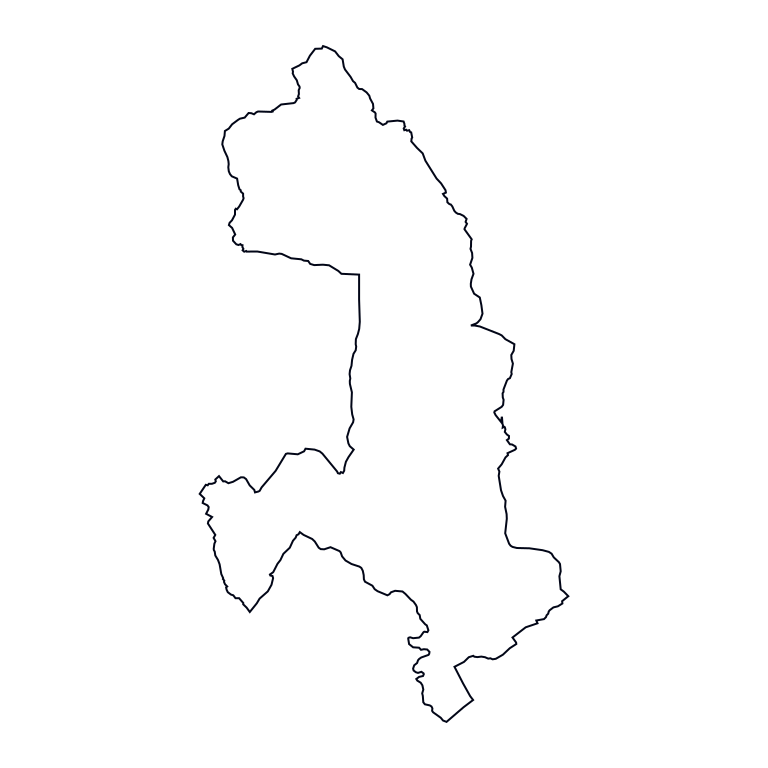 Motru, Gorj, Romania
{"feature_id": "2599482B51668804441842", "entity_name": "Motru", "entity_type": "district", "adm_level": 2, "iso_a3": "ROU", "parent_name": "Romania", "parent_adm1": "Gorj", "projection": "albers", "projection_center": [22.98, 44.823], "detail": "fine", "context": "isolated", "style": "outline", "palette": "ink", "viewbox_px": 768, "rotation_deg": 0, "n_neighbors": 0, "source": "geoboundaries", "source_scale": "gbopen_adm2", "svg_char_len": 6091}
<svg xmlns="http://www.w3.org/2000/svg" viewBox="0 0 768 768"><path d="M446.5,721.9L463.6,707.2L473.1,700.0L470.2,696.2L463.1,683.5L454.5,666.8L464.0,661.9L468.8,657.2L473.3,655.8L474.3,656.7L477.4,657.1L481.3,656.6L485.0,657.2L488.2,658.6L490.4,658.3L492.6,659.3L495.8,658.8L502.9,654.7L509.8,648.2L516.3,644.0L516.1,642.5L512.5,637.5L525.7,627.3L537.5,623.3L536.3,620.5L544.0,619.1L546.0,617.1L546.6,615.3L548.2,613.7L548.7,611.6L549.6,610.3L553.4,607.4L557.9,606.3L562.4,603.5L562.1,601.2L568.3,596.2L563.8,591.6L560.7,589.3L559.4,576.2L560.7,571.3L560.0,564.0L558.9,562.2L553.8,557.4L551.6,553.7L548.9,551.9L542.6,550.2L529.4,548.3L516.9,548.0L512.5,546.9L510.6,545.7L509.1,543.7L505.2,533.3L506.8,518.8L506.6,514.1L505.1,506.8L505.6,500.7L503.0,496.0L501.0,490.2L498.7,475.8L499.4,471.6L498.1,468.6L501.7,464.3L505.5,457.4L508.0,455.1L507.5,453.2L514.9,449.8L516.1,448.6L515.5,446.5L512.1,444.5L509.9,444.3L506.9,440.1L508.9,438.6L509.0,436.0L506.9,434.5L504.8,431.9L505.4,429.3L504.8,427.2L504.3,426.8L502.7,427.6L503.0,425.3L502.5,424.0L502.0,417.6L501.7,417.6L501.0,421.9L495.6,415.1L494.3,412.5L494.6,411.3L501.7,406.8L503.1,404.9L503.6,399.8L502.8,397.5L502.6,393.3L503.5,391.9L503.5,389.5L506.9,380.6L508.1,379.0L509.9,378.2L511.7,374.0L511.3,372.1L512.9,363.6L511.5,359.0L511.3,355.0L513.7,350.8L514.4,344.2L505.4,339.2L501.7,335.4L499.2,334.1L479.9,326.5L474.5,325.5L470.9,325.5L476.4,323.4L477.9,322.2L480.5,319.2L482.5,313.7L481.4,305.3L479.8,297.5L474.1,293.7L470.9,286.6L470.8,283.8L471.5,279.3L473.5,273.8L471.8,267.6L470.1,264.7L472.4,257.9L472.1,253.0L470.5,248.9L471.0,246.6L471.1,240.8L471.7,239.3L464.5,229.3L464.6,228.4L467.0,223.8L465.6,221.9L466.6,218.9L463.6,215.9L460.0,214.1L457.8,213.8L455.8,212.5L454.3,210.8L452.3,206.4L450.8,204.5L449.4,204.1L447.4,202.3L447.1,198.6L444.3,196.0L443.0,193.9L445.9,192.6L445.5,190.2L441.1,183.4L436.6,178.6L425.4,160.7L422.7,153.4L417.0,147.9L411.3,141.4L411.6,138.5L412.2,137.6L411.2,132.4L410.1,132.0L409.2,130.2L407.0,130.7L406.1,129.7L404.3,130.2L403.7,128.5L405.1,126.4L404.5,125.7L404.4,123.8L403.6,121.5L397.5,120.6L387.3,121.6L386.4,123.3L382.9,124.9L379.1,122.3L376.9,121.5L375.5,117.6L375.6,113.5L374.9,112.4L371.9,110.4L373.4,108.4L373.0,103.9L370.1,98.5L369.3,95.7L366.6,92.4L362.1,89.1L359.2,89.0L357.4,87.6L355.1,82.9L353.0,81.1L350.6,76.9L345.0,69.5L343.8,66.6L342.6,59.3L338.8,56.2L335.1,51.4L326.8,47.3L323.0,46.1L321.8,48.6L315.2,48.8L309.9,55.7L306.5,62.2L302.2,63.3L299.4,65.4L292.3,68.8L293.0,71.8L292.7,73.4L294.1,76.4L296.8,80.3L298.0,84.4L299.5,86.5L299.7,87.9L298.7,90.2L298.9,94.1L298.1,96.4L299.1,97.9L296.6,98.8L296.7,99.9L295.1,102.4L293.6,103.1L281.1,104.5L274.5,109.6L272.3,110.6L272.7,111.5L271.6,111.9L258.1,111.5L256.4,112.2L254.0,114.3L251.3,113.2L248.6,113.0L244.7,117.6L239.9,118.7L238.0,119.9L232.1,124.3L228.8,128.6L224.9,131.0L224.5,135.9L222.7,141.3L222.3,144.4L224.4,150.7L227.4,157.1L228.4,161.1L228.7,164.2L228.3,167.2L228.8,171.3L230.0,174.1L231.8,176.3L237.1,178.6L238.2,185.2L239.5,189.3L240.7,190.2L240.8,191.6L243.1,193.6L243.1,196.5L243.6,198.1L243.1,199.7L239.2,206.5L237.0,209.3L235.8,208.7L235.0,209.9L235.0,214.6L232.0,220.3L229.6,222.8L228.9,225.1L232.1,227.9L235.2,234.5L232.9,237.4L233.0,240.7L236.3,244.3L238.5,245.0L240.5,244.1L241.2,245.0L242.5,245.2L242.4,247.0L243.4,248.9L242.6,250.3L244.2,251.7L246.2,251.0L246.6,251.6L257.2,251.5L275.0,254.5L279.2,253.6L281.7,253.9L291.1,258.3L301.3,259.3L303.9,260.6L308.2,261.0L310.2,263.9L314.2,265.1L322.9,264.7L329.1,265.3L338.4,271.0L341.4,273.8L359.1,274.6L359.1,299.4L359.8,321.8L359.2,328.9L357.9,334.0L355.9,339.1L355.7,344.2L356.2,346.6L355.7,350.3L353.5,353.8L352.1,359.8L351.5,365.8L350.0,370.3L349.6,374.1L350.3,378.5L349.8,380.9L349.9,383.9L351.9,392.3L351.3,406.8L352.2,414.4L353.6,419.4L353.1,422.3L349.6,428.4L347.1,436.9L348.4,443.4L349.8,446.2L353.7,449.6L348.5,457.1L345.9,461.8L344.4,467.7L344.2,470.7L342.9,473.0L340.9,472.1L339.8,473.7L337.9,473.2L337.1,471.5L322.4,453.6L319.7,451.4L314.6,449.6L305.5,448.7L304.1,451.3L297.8,454.3L287.7,453.4L285.9,453.9L275.6,470.9L261.6,487.4L259.7,490.8L258.5,491.5L255.0,492.4L254.3,489.9L249.7,485.4L246.1,479.1L243.8,477.4L240.9,477.3L233.0,481.8L228.4,483.2L225.1,481.3L223.2,481.4L219.0,476.1L215.3,479.5L215.8,481.4L214.8,482.8L211.9,483.8L208.8,483.8L207.7,485.3L205.8,484.8L199.7,493.9L204.3,498.3L203.0,501.2L202.7,503.0L207.5,505.4L208.7,507.1L208.3,509.5L206.1,513.8L212.1,517.0L208.3,521.4L207.9,523.5L215.3,534.9L213.6,537.9L215.5,541.2L214.4,543.6L213.7,548.9L213.9,550.2L214.7,551.5L215.3,555.5L218.0,560.0L219.6,564.3L221.3,574.1L223.2,578.2L222.9,579.0L224.3,580.6L224.0,581.9L225.0,584.2L227.2,586.5L226.1,587.4L226.6,589.7L227.8,592.2L231.0,594.6L233.3,595.3L235.5,598.2L239.1,598.2L243.3,603.0L243.2,604.3L246.6,607.6L249.8,612.0L256.8,603.3L259.6,598.6L267.8,591.4L271.5,584.8L273.1,578.1L272.5,576.0L270.3,575.5L269.9,574.5L273.2,572.2L277.5,563.8L280.4,560.1L283.4,553.8L289.8,547.7L293.0,540.7L295.7,537.6L296.6,535.2L298.5,534.3L299.8,532.1L303.6,534.9L312.2,539.0L314.8,541.5L318.7,547.7L320.7,549.1L324.2,549.3L330.5,547.2L339.5,551.1L340.7,552.4L342.1,556.4L345.5,560.5L351.5,564.0L359.4,566.6L361.3,567.9L362.8,570.8L363.7,575.1L363.9,579.3L365.0,581.7L372.4,585.7L374.7,589.2L377.6,591.2L387.4,595.3L389.5,594.2L391.0,592.3L395.1,590.8L402.5,591.5L405.4,593.9L410.9,599.7L413.5,601.6L416.0,605.1L416.9,607.2L417.0,611.4L417.7,613.1L419.7,615.1L420.3,618.8L425.2,624.3L426.8,625.4L428.4,630.3L427.4,632.1L424.3,631.7L423.5,632.2L420.7,636.2L419.0,637.6L413.1,638.2L410.1,637.3L408.5,637.8L408.2,638.6L409.1,644.1L413.1,647.3L419.1,647.7L421.0,649.8L423.9,649.2L427.2,649.5L429.5,651.9L429.2,653.8L428.5,654.9L421.2,657.5L419.1,659.0L418.0,660.3L417.1,663.0L414.2,665.3L413.1,668.6L413.6,670.5L415.8,672.2L418.0,672.9L421.4,671.8L423.6,673.4L423.8,674.2L423.0,676.0L419.1,676.9L416.3,679.0L417.3,680.6L420.7,682.7L422.4,685.3L423.3,689.6L422.2,693.4L422.8,695.8L423.3,702.3L424.9,704.3L429.8,705.4L431.5,706.5L432.4,708.4L432.1,710.8L433.1,712.3L440.8,717.8L443.0,720.5L446.5,721.9Z" fill="none" stroke="#020617" stroke-width="2"/></svg>